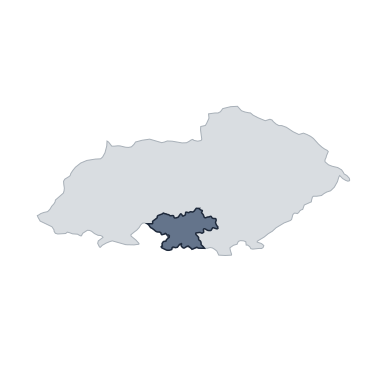 location of Královéhradecký within Czechia, rotated 165°
{"feature_id": "CZE-1598", "entity_name": "Královéhradecký", "entity_type": "Region", "adm_level": 1, "iso_a3": "CZE", "parent_name": "Czechia", "parent_adm1": "", "projection": "natural_earth1", "projection_center": [15.778, 50.402], "detail": "fine", "context": "in_parent", "style": "filled", "palette": "slate", "viewbox_px": 384, "rotation_deg": 165, "n_neighbors": 0, "source": "natural_earth", "source_scale": "10m", "svg_char_len": 6356}
<svg xmlns="http://www.w3.org/2000/svg" viewBox="0 0 384 384"><g transform="rotate(165 192 192)"><path d="M347.5,209.3L346.3,209.4L343.7,210.3L340.3,210.6L336.6,210.4L333.8,212.0L331.1,214.6L328.3,216.4L326.8,217.9L326.0,219.6L316.6,224.2L315.3,226.2L314.3,228.8L313.9,232.4L313.3,235.6L311.6,237.3L306.6,238.8L305.3,239.5L304.3,241.2L301.5,243.7L298.2,246.1L292.0,248.8L285.4,249.7L276.8,248.8L271.7,247.7L269.3,248.9L265.9,252.4L262.4,258.6L260.9,263.2L259.7,261.9L257.6,257.0L255.3,256.4L252.1,255.9L249.7,255.2L244.5,252.4L241.8,251.5L238.8,251.3L235.8,253.0L233.6,254.9L226.8,254.9L219.2,254.0L208.5,247.5L205.7,247.4L202.7,247.7L198.0,246.2L188.9,242.0L184.6,241.0L181.9,241.6L179.4,242.5L177.7,242.6L176.7,241.3L173.3,239.6L169.9,239.4L168.9,240.4L167.7,249.7L166.6,253.0L161.9,252.8L160.2,254.4L156.5,258.9L155.8,263.2L149.4,262.4L146.4,261.6L143.7,262.2L140.7,264.6L132.5,264.4L125.9,263.0L123.2,257.7L120.2,255.6L116.4,253.7L115.1,253.3L113.1,250.4L109.2,246.8L102.8,241.9L97.9,242.1L96.0,240.8L95.3,239.0L93.2,235.9L90.9,233.7L88.1,232.9L84.1,230.1L78.8,224.1L73.9,219.9L69.1,220.0L66.1,217.8L63.0,215.0L60.8,212.2L57.4,205.5L54.9,201.7L52.9,199.3L50.7,197.3L49.9,195.8L52.7,192.2L53.7,190.4L54.9,189.1L55.6,187.6L55.6,186.6L53.2,183.0L49.8,180.5L44.9,177.9L41.8,174.7L40.7,171.7L40.4,170.1L38.2,167.9L36.5,164.6L36.6,162.7L37.0,162.1L38.6,162.1L40.5,163.4L43.0,166.0L45.1,169.7L46.4,168.3L48.9,164.3L53.3,159.8L57.8,157.3L61.8,157.1L65.0,156.3L67.8,155.1L72.5,155.6L75.9,156.5L77.0,155.9L78.4,153.6L79.3,151.6L86.9,150.4L89.6,146.5L91.0,146.5L92.7,145.9L94.3,144.5L95.9,143.9L97.1,144.6L98.7,145.1L100.4,144.1L102.9,139.7L104.3,139.0L111.0,138.3L120.0,135.7L124.6,133.3L129.1,132.0L134.0,129.8L141.7,127.6L142.0,126.7L138.5,124.4L137.3,123.0L136.5,121.5L137.8,119.9L139.5,119.4L141.6,120.1L148.1,121.1L149.8,122.0L150.4,124.3L152.1,126.4L153.4,126.7L152.9,130.1L154.9,131.5L157.9,132.5L159.9,132.3L161.3,130.9L161.9,129.9L165.8,129.8L169.8,128.3L170.1,125.9L169.9,121.5L170.3,120.8L176.4,122.1L182.5,124.1L183.3,128.5L184.9,130.7L186.8,132.7L188.7,133.6L191.9,133.7L200.1,136.4L204.1,136.9L208.2,138.7L211.6,140.6L214.1,141.0L215.3,143.0L216.8,144.4L219.5,143.4L229.4,141.9L233.0,143.9L235.4,146.0L235.8,146.7L234.5,148.6L233.9,150.0L232.9,151.0L229.5,152.0L227.5,153.7L226.2,155.5L227.1,157.2L229.9,158.5L231.9,158.8L232.6,160.1L238.9,165.8L244.0,173.2L245.9,174.4L247.8,174.7L249.9,173.6L252.4,171.2L255.3,169.4L257.7,168.5L262.1,166.5L262.2,165.1L258.6,160.1L256.5,156.0L256.9,155.3L261.6,155.9L269.5,158.2L281.6,165.4L283.8,165.4L288.0,164.9L292.6,163.7L294.8,162.3L295.6,162.8L296.4,166.8L295.2,169.0L289.7,171.2L290.0,172.2L291.5,173.6L294.0,174.5L297.0,177.1L299.1,180.0L300.9,181.4L303.0,182.1L308.0,180.5L309.4,179.2L310.0,178.3L311.0,178.5L312.7,180.0L313.3,180.8L318.2,182.5L321.0,184.5L322.8,185.5L324.8,184.6L332.6,186.2L334.7,187.5L335.4,189.8L335.1,191.2L336.3,194.7L346.2,203.2L347.3,207.5L347.5,209.3Z" fill="#d9dde1" stroke="#a8b0b8" stroke-width="1"/><path d="M194.5,134.4L200.0,136.0L200.5,136.3L201.2,137.0L201.5,137.3L202.0,137.4L205.8,136.7L206.9,136.7L207.0,137.1L207.2,137.5L209.5,140.7L209.8,140.8L211.1,140.8L213.8,139.9L214.5,140.0L215.2,140.5L215.8,141.4L216.2,142.2L216.4,143.0L216.3,143.7L215.6,144.2L215.6,144.4L215.5,144.6L215.6,144.9L217.6,144.6L220.4,142.4L222.4,142.5L223.8,143.4L224.5,143.7L225.3,143.6L225.9,143.0L226.2,142.2L226.5,141.7L227.1,141.6L228.8,141.6L230.3,141.9L231.7,142.5L235.6,145.9L236.0,147.0L234.6,147.5L234.8,148.0L234.6,148.3L234.4,148.7L234.4,149.0L234.3,149.4L234.3,149.8L234.5,149.7L234.1,150.2L233.1,150.9L232.7,151.4L231.9,151.6L230.4,151.2L229.7,151.4L229.3,152.2L228.7,152.7L227.9,153.1L227.1,153.5L226.9,153.6L226.5,153.8L226.2,153.9L226.4,154.5L226.5,154.7L225.6,154.5L225.2,155.5L225.7,156.5L227.2,156.7L227.8,158.2L228.0,158.6L228.6,159.0L228.9,158.9L229.2,158.7L229.8,158.5L231.9,158.5L232.3,158.6L232.6,159.2L232.7,159.7L232.6,160.3L232.7,160.8L233.6,161.7L235.6,162.3L236.6,162.9L237.3,163.6L238.5,165.4L239.1,166.1L239.7,167.0L241.1,168.2L241.6,169.3L242.2,171.3L242.6,172.0L243.4,172.9L238.5,171.6L238.3,171.7L238.1,171.9L238.0,172.2L237.9,172.6L237.8,173.4L237.7,173.7L237.4,174.0L232.7,175.9L232.4,176.1L232.2,176.3L232.0,177.1L231.8,177.4L231.6,177.7L231.3,177.9L230.7,178.1L226.6,178.5L225.9,178.7L225.2,179.1L223.4,177.8L222.9,177.7L222.7,177.6L221.9,176.9L221.8,176.7L221.4,176.6L220.8,176.4L220.3,176.0L219.8,175.5L219.5,174.9L219.2,174.7L216.6,174.2L216.2,174.0L216.0,173.7L215.9,173.3L215.9,172.1L215.8,171.8L215.7,171.6L215.4,171.4L214.2,171.1L212.2,171.2L211.8,171.3L208.9,173.7L208.6,173.8L208.4,173.8L208.2,173.6L208.0,173.4L207.7,172.8L207.3,171.3L207.1,171.1L206.9,171.0L204.6,171.5L204.3,171.8L204.1,172.2L203.5,173.8L203.3,174.0L203.0,174.1L202.6,174.0L200.7,173.0L200.5,172.9L199.1,173.3L198.4,173.3L196.6,172.5L195.9,172.6L195.0,172.9L192.2,175.1L191.9,175.1L189.3,174.3L189.5,174.2L189.4,173.9L189.2,173.6L188.6,172.8L188.2,172.4L187.8,172.1L187.1,171.7L186.9,171.4L186.9,171.1L187.0,170.9L187.7,170.2L187.9,170.0L188.0,169.9L188.0,169.6L188.0,169.3L187.2,167.6L187.0,167.0L186.9,166.5L186.9,165.7L186.8,164.7L186.6,164.4L186.4,164.0L186.0,163.7L185.7,163.6L185.4,163.6L183.5,163.8L182.3,163.6L181.8,163.5L181.0,163.7L180.7,163.7L180.3,163.7L180.1,163.6L179.8,163.4L179.7,163.1L179.5,162.4L179.4,161.9L179.0,161.4L178.7,161.2L178.4,161.0L176.1,160.2L175.9,159.9L175.9,159.5L175.9,158.7L176.1,158.2L176.2,157.9L176.6,157.5L177.0,156.9L177.1,156.6L177.2,156.1L177.2,155.5L176.8,153.1L176.7,152.9L176.5,152.6L176.2,152.1L176.1,151.8L176.1,151.3L176.3,151.0L176.5,150.8L176.6,150.6L176.6,150.4L176.5,150.1L176.8,150.0L177.0,150.0L177.2,149.9L178.0,150.2L180.5,151.9L180.8,152.0L181.1,152.1L181.4,152.0L183.4,150.1L183.8,150.0L184.3,150.0L186.3,150.6L187.2,151.2L188.6,152.7L189.3,153.2L189.6,153.3L189.9,153.3L190.2,153.3L190.5,153.1L190.7,152.8L190.8,152.3L191.0,150.5L191.1,150.2L191.4,150.0L192.6,149.7L192.8,149.6L193.1,149.7L193.4,149.8L194.3,150.6L194.8,150.9L198.4,151.4L198.7,151.4L199.0,151.2L199.1,150.9L199.2,150.5L199.2,150.1L199.1,149.8L197.5,146.8L197.5,146.6L197.4,146.4L197.8,145.1L197.8,144.7L197.8,144.4L197.7,144.0L197.6,143.7L197.4,143.4L196.8,142.8L196.6,142.4L196.4,141.9L196.4,140.7L196.4,140.2L196.6,139.7L196.7,139.4L196.8,139.1L196.7,138.6L195.2,136.1L194.5,134.4Z" fill="#64748b" stroke="#1e293b" stroke-width="1.5"/></g></svg>